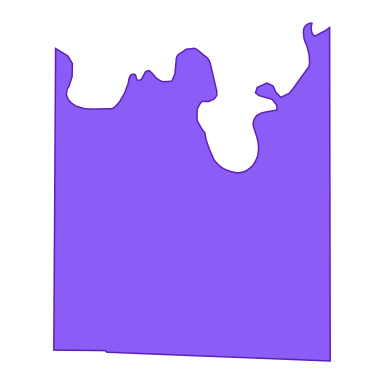 the district of Cooke, Texas, United States of America
{"feature_id": "52423323B51849349717412", "entity_name": "Cooke", "entity_type": "district", "adm_level": 2, "iso_a3": "USA", "parent_name": "United States of America", "parent_adm1": "Texas", "projection": "natural_earth1", "projection_center": [-97.188, 33.686], "detail": "fine", "context": "isolated", "style": "filled", "palette": "violet", "viewbox_px": 384, "rotation_deg": 0, "n_neighbors": 0, "source": "geoboundaries", "source_scale": "gbopen_adm2", "svg_char_len": 1669}
<svg xmlns="http://www.w3.org/2000/svg" viewBox="0 0 384 384"><path d="M106.7,352.2L189.6,355.5L330.2,361.0L329.6,27.5L325.7,30.4L315.4,35.9L314.8,36.0L313.2,34.9L311.7,32.3L311.1,27.6L311.3,25.9L312.0,23.8L311.9,23.2L311.0,23.0L307.6,24.1L306.1,25.3L304.4,27.5L303.8,28.7L303.4,32.2L304.0,38.3L304.5,40.2L307.2,46.8L309.2,55.3L309.6,63.3L308.8,66.8L292.4,89.5L289.4,93.2L281.8,96.9L280.6,97.3L275.6,91.8L273.1,86.0L266.9,83.1L257.2,87.4L255.5,92.8L259.1,95.6L272.1,99.3L276.7,105.1L277.1,110.0L267.0,111.8L261.6,112.9L256.8,115.4L254.7,118.3L253.4,121.8L253.1,124.6L253.8,127.7L256.9,137.1L258.2,142.5L258.5,145.9L258.5,150.2L257.7,156.0L255.3,161.5L253.7,164.1L252.2,166.1L248.4,169.3L246.2,170.8L244.0,171.7L240.0,172.7L237.4,172.9L231.6,171.8L225.6,169.7L222.7,168.2L218.6,165.1L214.0,160.0L209.1,148.5L206.1,139.9L204.8,132.7L202.5,130.1L198.2,122.6L197.1,120.0L197.0,114.7L197.3,109.1L198.1,107.2L200.0,103.8L201.2,102.2L202.0,101.6L203.1,101.3L206.9,101.6L209.3,101.3L214.3,98.8L216.7,95.6L216.8,91.3L210.2,63.2L209.6,61.3L207.3,57.9L196.8,49.4L194.3,48.3L186.4,49.2L178.5,54.4L177.0,56.4L176.4,58.1L174.9,73.9L172.3,80.0L171.6,81.0L171.1,81.3L163.5,81.7L161.6,81.3L159.7,80.5L156.2,78.0L152.0,73.1L149.4,70.7L147.8,70.7L145.3,72.0L141.7,79.0L141.0,79.7L139.8,80.1L137.7,80.3L136.8,79.6L135.6,75.4L135.1,74.6L134.2,74.3L132.3,74.3L130.5,75.3L129.0,78.6L128.3,83.2L124.5,93.4L119.3,102.1L115.8,106.0L114.1,107.5L112.0,108.7L92.9,109.1L84.8,108.8L75.8,106.0L71.3,103.0L68.2,99.3L66.3,94.8L67.0,89.9L68.0,87.5L69.0,86.4L72.1,76.5L72.4,63.7L68.7,57.3L67.6,55.8L55.6,48.5L53.8,350.1L105.3,350.6L106.7,352.2Z" fill="#8b5cf6" stroke="#5b21b6" stroke-width="1.5"/></svg>